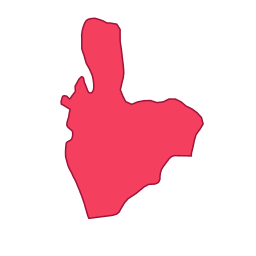 Rassd, Abyan, Yemen, rotated 105°
{"feature_id": "15242507B3487968340126", "entity_name": "Rassd", "entity_type": "district", "adm_level": 2, "iso_a3": "YEM", "parent_name": "Yemen", "parent_adm1": "Abyan", "projection": "orthographic", "projection_center": [45.274, 13.725], "detail": "fine", "context": "isolated", "style": "filled", "palette": "rose", "viewbox_px": 256, "rotation_deg": 105, "n_neighbors": 0, "source": "geoboundaries", "source_scale": "gbopen_adm2", "svg_char_len": 2764}
<svg xmlns="http://www.w3.org/2000/svg" viewBox="0 0 256 256"><g transform="rotate(105 128 128)"><path d="M138.6,59.6L136.4,60.2L130.1,60.3L123.4,60.7L117.0,60.6L112.8,59.1L110.9,58.3L110.3,58.1L104.7,56.5L103.7,57.0L102.2,57.9L100.9,58.6L98.9,59.7L95.3,65.4L93.0,71.4L91.8,77.6L89.1,83.3L87.8,89.6L89.4,95.9L93.6,100.7L96.0,106.7L95.6,113.3L97.5,119.6L99.1,122.9L100.3,125.4L104.2,130.6L104.0,131.6L103.4,135.4L103.1,137.1L100.1,139.8L98.3,141.4L93.1,145.3L85.0,145.6L84.7,145.6L80.7,145.6L78.2,146.0L76.0,146.3L71.4,147.8L69.0,148.7L67.5,149.3L65.7,150.0L64.1,150.7L62.9,151.1L61.8,151.6L60.9,152.0L58.9,152.7L58.7,152.8L56.3,153.8L55.2,154.2L54.4,154.5L46.3,158.0L40.6,159.6L34.9,161.1L30.6,165.8L31.2,172.2L32.0,175.6L31.7,176.9L31.4,178.1L31.0,179.7L30.8,182.0L30.6,186.0L30.6,188.5L31.9,192.1L32.7,193.5L33.2,194.5L34.9,196.0L36.3,196.5L37.6,196.9L41.4,197.4L45.6,197.4L49.9,196.9L54.6,195.5L60.2,194.0L60.8,193.8L63.2,193.2L63.3,193.2L65.1,192.1L66.6,191.1L69.3,189.2L72.1,187.6L76.5,184.9L79.2,182.2L81.4,180.1L81.7,179.9L84.0,178.0L86.8,175.9L90.0,174.3L93.0,173.0L97.8,171.5L99.0,171.4L99.5,171.3L100.8,171.3L103.1,172.1L103.7,172.7L103.7,172.8L104.0,174.4L103.9,175.1L102.3,176.7L97.0,180.5L95.3,181.9L94.0,182.6L91.4,183.8L90.5,184.9L90.5,185.7L90.6,186.3L93.4,188.0L94.6,188.3L101.3,189.9L106.3,188.3L108.8,189.3L111.6,190.5L114.9,191.6L114.9,192.2L114.8,192.7L114.4,193.4L113.6,194.5L113.2,195.2L113.2,196.4L113.3,198.0L114.2,199.2L115.6,199.5L117.0,199.4L118.2,199.5L119.7,199.5L121.3,199.0L122.3,198.4L122.6,196.5L123.9,192.3L124.5,190.3L125.0,188.7L127.4,188.7L127.5,188.7L129.7,188.5L132.2,188.2L134.4,188.2L136.6,188.3L138.9,188.3L141.4,187.7L142.9,186.1L143.8,184.1L144.8,182.2L145.1,181.4L146.0,180.6L147.2,180.2L149.0,179.6L151.2,179.4L153.4,179.6L154.6,180.3L156.6,182.5L157.3,183.1L158.6,183.7L160.1,183.5L162.4,183.2L164.9,182.7L167.6,182.1L169.7,181.5L171.9,180.8L174.0,179.6L176.3,178.3L178.2,177.2L180.1,176.0L182.1,174.5L183.8,172.9L185.4,171.3L187.1,169.9L189.3,168.1L191.0,166.4L193.2,164.5L195.0,163.1L197.0,161.6L199.0,160.1L200.8,158.6L202.9,157.2L204.8,155.7L207.1,154.1L209.1,152.8L211.4,151.2L213.6,149.8L215.5,148.8L217.6,147.5L218.0,147.2L220.5,145.7L222.4,144.6L223.4,143.9L224.5,143.1L225.4,142.4L221.1,131.9L220.2,129.7L216.4,120.4L216.3,120.2L214.0,116.6L211.4,114.8L207.3,113.8L201.0,112.0L196.1,109.5L191.7,105.6L189.0,103.2L180.4,97.0L178.9,95.3L177.2,93.6L176.3,91.0L175.1,87.4L173.2,85.0L171.8,84.3L171.7,84.2L169.3,83.9L166.5,84.6L164.2,84.9L163.1,85.0L160.6,85.0L158.7,84.8L158.3,84.6L155.9,83.9L153.8,83.0L151.6,82.2L149.0,81.1L147.0,80.3L145.1,79.1L143.5,77.6L142.5,75.5L142.0,73.3L141.5,71.1L140.8,68.7L140.3,66.4L139.6,64.1L139.2,61.8L138.6,59.6Z" fill="#f43f5e" stroke="#9f1239" stroke-width="1.5"/></g></svg>